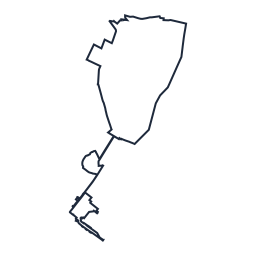 Braila, Braila, Romania
{"feature_id": "2599482B33603161036297", "entity_name": "Braila", "entity_type": "district", "adm_level": 2, "iso_a3": "ROU", "parent_name": "Romania", "parent_adm1": "Braila", "projection": "orthographic", "projection_center": [27.92, 45.241], "detail": "fine", "context": "isolated", "style": "outline", "palette": "slate", "viewbox_px": 256, "rotation_deg": 0, "n_neighbors": 0, "source": "geoboundaries", "source_scale": "gbopen_adm2", "svg_char_len": 3832}
<svg xmlns="http://www.w3.org/2000/svg" viewBox="0 0 256 256"><path d="M148.8,129.8L155.8,103.3L160.1,95.4L167.8,87.4L169.4,83.9L177.3,66.1L180.7,58.5L181.4,57.0L182.6,47.1L182.7,46.2L183.7,38.4L184.3,34.3L184.8,31.4L185.2,29.1L186.1,23.6L180.9,22.4L174.9,21.0L170.5,20.0L168.5,20.3L167.9,20.3L163.5,20.1L163.7,18.3L160.3,18.0L159.6,16.3L152.0,17.3L150.1,17.3L146.4,18.2L142.4,18.9L140.6,18.8L138.2,18.2L133.1,16.6L130.0,16.8L125.1,15.4L125.1,16.8L125.2,17.5L125.8,18.5L127.1,20.1L126.4,20.0L124.6,19.9L123.7,20.1L123.8,19.6L121.3,19.3L121.3,20.4L120.1,20.4L117.2,23.6L114.5,21.6L113.9,21.0L113.6,21.4L112.8,21.4L109.9,20.9L109.6,21.2L114.4,27.7L115.6,29.4L115.9,30.1L116.0,31.3L112.9,40.4L111.8,43.2L104.7,39.6L101.4,48.4L93.9,44.5L90.3,52.0L86.7,59.6L87.0,59.7L88.5,60.4L88.7,60.6L88.8,60.7L91.3,61.8L94.6,63.4L100.4,66.1L99.3,68.6L99.0,69.5L98.9,70.2L98.1,83.3L98.1,83.5L98.0,83.8L97.9,83.9L97.8,84.0L97.8,84.3L98.0,84.3L98.2,84.5L98.4,84.7L98.5,85.0L98.8,86.1L100.8,93.4L102.4,99.6L102.6,100.2L102.8,100.9L103.0,101.4L103.7,102.8L103.9,103.5L105.2,108.0L105.7,110.7L106.2,112.7L106.6,114.5L107.0,116.0L107.2,116.5L107.3,116.9L107.8,118.4L109.3,122.9L110.0,124.8L111.3,128.9L111.6,129.5L108.1,132.5L109.6,133.4L109.6,133.5L113.8,136.0L104.9,150.2L99.4,159.2L97.0,154.1L96.0,152.4L95.9,151.9L95.2,150.9L94.7,151.0L93.4,151.3L92.5,152.0L91.6,152.1L90.3,153.1L89.9,154.3L88.6,154.9L87.7,155.5L87.4,155.5L87.3,155.4L86.0,155.9L85.2,156.7L84.9,157.3L84.5,157.8L84.0,158.6L83.5,159.3L82.9,160.6L82.5,161.7L82.4,162.1L82.3,163.1L82.3,163.7L82.4,165.1L82.7,165.6L83.2,166.4L83.0,167.9L85.5,169.7L87.5,171.3L88.4,171.9L88.5,172.0L89.0,172.3L90.2,172.7L92.1,173.2L92.4,173.4L92.5,173.5L95.2,173.9L96.0,174.1L96.3,174.2L96.3,174.3L96.4,174.5L97.0,175.1L93.7,180.2L92.3,182.1L84.7,192.1L84.2,192.7L83.9,193.0L83.5,193.4L82.9,194.1L82.7,194.4L82.6,194.7L82.5,195.0L81.8,195.9L80.8,197.2L78.4,200.3L78.3,200.2L78.5,199.9L78.7,199.7L79.0,199.3L79.5,198.6L79.3,198.4L79.2,198.5L79.0,198.4L78.9,198.3L78.8,198.1L78.7,198.1L78.8,197.8L78.6,197.6L78.0,197.2L77.7,197.1L77.5,197.4L77.3,197.3L77.2,197.7L77.0,197.9L75.9,199.4L77.8,200.9L77.3,201.5L75.7,203.4L74.2,205.4L74.0,205.6L73.8,205.7L73.4,205.8L73.0,205.8L72.8,205.9L72.7,206.0L72.6,206.3L72.6,206.5L72.8,206.7L72.9,206.8L73.1,207.1L74.2,205.7L75.0,204.6L76.3,203.0L78.0,201.0L78.3,201.2L76.8,203.1L75.5,204.8L72.0,209.3L70.9,210.6L69.9,211.9L69.9,212.3L72.8,214.6L73.0,214.5L73.3,214.5L73.4,214.9L76.6,217.6L75.9,218.4L75.8,218.7L76.5,219.2L75.8,220.8L77.1,221.3L77.8,220.2L78.4,220.7L78.4,220.8L78.3,221.1L78.3,221.5L78.3,221.8L78.4,222.2L78.5,222.6L78.6,222.9L79.1,223.5L82.4,226.2L82.2,226.5L82.8,226.9L83.0,226.6L86.2,228.9L85.9,229.3L86.6,229.8L86.9,229.4L90.0,231.5L89.7,231.9L90.3,232.4L90.6,232.0L91.7,232.8L91.9,232.6L98.9,237.6L102.2,240.0L102.5,240.4L102.8,240.6L103.0,240.5L103.3,239.9L103.2,239.9L99.7,237.5L97.2,233.0L93.6,230.4L90.4,228.1L90.7,227.7L90.1,227.3L89.8,227.7L88.6,226.8L88.9,226.4L88.3,226.0L88.0,226.4L86.7,225.4L86.9,225.1L83.9,223.0L83.7,223.3L81.1,221.5L80.6,218.1L81.2,217.5L82.3,218.3L83.1,217.4L84.1,218.2L89.1,211.9L93.3,211.4L93.8,210.7L97.1,213.3L97.4,213.0L97.3,212.9L97.9,211.9L96.4,210.7L97.9,208.9L90.2,202.8L90.2,202.7L91.2,201.5L89.4,200.1L91.5,197.5L85.1,192.5L83.6,194.4L83.5,194.5L83.4,194.6L83.1,195.1L81.5,197.2L80.8,198.1L78.8,200.6L78.5,200.3L79.6,198.9L81.4,196.7L82.5,195.1L84.7,192.2L92.4,182.2L93.7,180.3L97.1,175.2L103.1,165.6L102.7,165.4L102.3,166.0L102.2,166.1L101.6,165.6L98.7,165.9L98.7,165.2L98.5,163.3L98.5,162.3L98.5,161.7L98.6,161.1L99.6,159.6L103.4,153.4L114.0,136.3L115.8,137.3L115.8,137.2L118.9,139.1L119.4,138.1L120.4,138.9L121.0,139.3L121.3,138.8L123.2,139.6L125.5,140.5L129.4,141.8L129.8,142.0L130.7,142.4L132.1,142.9L134.6,144.0L138.0,140.6L147.2,131.4L148.8,129.8Z" fill="none" stroke="#1e293b" stroke-width="2"/></svg>